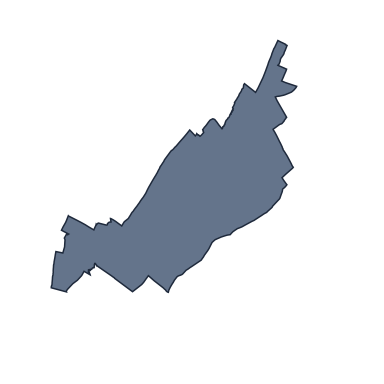 Gagesti, Vaslui, Romania, rotated 48°
{"feature_id": "2599482B9369925227758", "entity_name": "Gagesti", "entity_type": "district", "adm_level": 2, "iso_a3": "ROU", "parent_name": "Romania", "parent_adm1": "Vaslui", "projection": "orthographic", "projection_center": [27.986, 46.331], "detail": "fine", "context": "isolated", "style": "filled", "palette": "slate", "viewbox_px": 384, "rotation_deg": 48, "n_neighbors": 0, "source": "geoboundaries", "source_scale": "gbopen_adm2", "svg_char_len": 5895}
<svg xmlns="http://www.w3.org/2000/svg" viewBox="0 0 384 384"><g transform="rotate(48 192 192)"><path d="M169.0,360.7L182.3,352.1L181.7,351.8L181.5,351.6L181.3,350.8L181.0,349.2L180.4,342.0L180.5,340.6L180.9,336.2L180.3,330.0L180.0,329.0L178.7,325.3L185.4,323.1L184.8,322.8L184.2,322.7L183.8,322.5L183.1,322.2L182.8,321.9L182.7,321.9L182.7,322.2L182.5,322.4L182.4,322.5L182.2,322.5L181.9,322.4L181.7,322.1L181.5,321.4L181.3,321.2L180.8,321.3L180.6,321.1L180.6,320.8L180.8,320.5L181.0,320.6L181.3,320.1L182.0,320.4L182.2,320.2L182.3,320.0L182.2,319.7L181.6,319.5L181.5,319.3L182.3,318.2L182.1,317.7L181.9,317.1L181.9,316.8L182.2,316.1L182.5,315.8L182.7,315.7L182.6,315.1L182.1,314.8L181.8,314.3L181.5,313.8L180.7,313.2L180.4,312.7L180.0,312.1L180.1,311.8L180.9,311.7L181.5,311.9L182.7,311.9L183.1,312.2L183.3,312.2L183.5,312.2L183.7,311.9L191.3,310.1L200.5,307.9L202.1,307.6L203.9,307.1L204.3,307.3L226.3,302.9L226.7,297.1L227.1,291.3L226.8,288.5L225.9,284.6L225.0,280.4L232.7,279.5L244.0,277.5L245.9,277.4L246.9,277.2L248.4,277.4L249.3,277.3L249.8,277.2L250.7,276.7L249.4,274.8L248.2,271.8L247.7,270.3L246.9,267.7L246.7,266.7L246.0,264.7L245.8,264.2L245.1,260.4L245.0,259.5L245.3,258.0L246.0,256.5L246.6,254.8L246.7,253.8L246.2,248.7L246.7,246.1L246.8,244.4L247.2,242.0L248.8,230.7L248.3,228.8L247.9,226.8L247.3,225.2L246.1,219.6L245.5,217.5L243.0,211.1L242.9,210.5L242.9,207.1L243.0,206.5L243.4,205.2L245.0,200.4L246.5,197.0L247.6,194.7L249.3,192.1L249.2,191.4L249.0,190.5L249.0,189.7L248.9,188.8L248.9,187.9L249.0,187.3L249.1,186.3L249.6,182.7L250.4,180.7L251.3,178.2L252.2,174.2L254.0,166.8L254.6,165.0L254.8,163.6L255.7,157.8L256.0,156.1L256.3,153.7L256.6,152.1L257.1,150.3L257.1,149.6L257.0,149.1L257.0,148.0L257.0,143.3L256.9,142.5L256.5,141.6L255.8,133.4L255.7,131.9L255.5,131.0L253.3,127.0L252.6,125.6L251.9,124.4L251.1,123.4L250.6,122.9L250.5,122.5L250.6,120.3L250.5,119.0L250.3,117.6L250.1,116.6L248.6,116.5L245.1,116.1L243.1,115.8L241.6,115.5L241.5,110.5L241.6,101.3L241.4,100.2L240.0,100.1L238.8,99.8L238.0,99.5L235.4,98.8L229.0,97.2L223.8,96.3L221.4,96.0L221.1,95.7L220.8,95.5L219.9,95.4L219.5,95.1L219.1,94.9L214.4,93.5L213.4,93.3L207.1,91.5L205.1,91.0L204.2,90.8L203.1,90.5L199.8,89.9L199.6,89.6L199.9,87.3L200.3,82.8L200.6,81.2L201.2,79.9L201.3,79.4L201.3,79.1L200.9,76.1L200.5,75.3L200.4,74.8L200.1,73.0L200.1,72.9L199.8,72.6L199.8,71.7L181.2,67.7L177.1,66.5L177.4,65.7L178.1,64.5L179.5,62.5L179.8,61.9L180.5,60.7L181.3,59.3L182.0,57.8L182.5,56.4L182.8,55.6L183.8,52.8L184.1,51.8L184.3,51.3L184.4,49.4L184.4,47.9L184.0,44.8L183.5,43.5L173.1,49.4L169.4,51.1L168.9,49.8L167.6,46.9L166.8,45.3L165.1,41.5L165.0,41.3L164.0,39.5L156.0,43.1L155.3,43.4L155.2,42.9L155.3,42.2L155.2,41.7L154.6,40.5L153.9,39.1L153.1,38.2L152.4,37.2L151.9,35.8L151.8,35.0L151.6,34.3L151.1,32.1L150.8,31.3L150.3,30.5L149.9,30.0L149.1,28.0L146.7,23.3L145.4,23.9L145.3,23.7L144.8,23.8L144.7,23.7L144.0,24.0L141.7,24.9L140.1,25.6L136.9,26.8L139.8,33.6L140.4,35.6L140.7,36.1L142.6,39.9L143.8,41.8L144.7,43.6L146.2,46.9L147.1,48.7L148.1,50.3L150.0,53.9L151.6,56.9L154.5,62.7L156.9,68.5L158.9,73.3L160.5,78.1L146.6,80.5L146.9,81.7L147.1,82.1L147.6,82.6L148.0,83.1L148.3,83.4L148.6,83.9L148.9,84.1L149.1,84.9L149.0,85.6L149.0,86.1L149.9,87.6L150.3,88.8L150.8,91.0L151.1,91.7L151.5,92.3L151.5,92.5L151.9,93.1L152.4,95.2L152.8,96.1L153.9,100.5L154.4,100.5L155.1,101.8L155.9,103.5L156.2,104.7L156.4,105.3L157.1,105.4L157.3,105.6L157.8,105.7L157.8,106.0L157.6,106.3L157.6,106.5L158.6,106.8L158.8,107.1L158.8,107.4L158.7,107.8L158.4,108.1L158.4,108.4L158.6,108.7L159.3,108.8L159.4,109.0L159.3,109.6L159.3,110.1L159.4,110.5L159.5,110.6L160.0,110.6L160.3,110.9L160.2,111.2L159.8,111.6L159.9,111.9L160.1,112.3L160.4,112.6L160.6,112.9L160.7,113.5L161.2,114.3L161.3,115.1L161.1,115.7L161.1,116.2L161.6,116.8L161.6,117.2L161.6,118.5L161.7,118.9L162.3,120.3L162.8,120.8L162.9,121.5L163.6,122.1L163.8,122.5L163.9,122.9L163.8,123.6L164.3,124.0L164.4,124.7L164.1,125.3L164.3,125.8L164.8,126.3L165.0,126.6L165.1,127.4L160.3,127.2L156.2,126.7L155.7,126.7L153.4,126.6L152.4,127.0L151.5,127.6L150.8,130.0L150.7,130.6L151.1,133.1L151.8,136.2L152.1,138.0L152.2,139.5L152.4,140.3L152.8,142.1L152.8,142.4L152.6,142.9L152.9,142.6L153.3,142.5L153.5,142.5L154.0,142.7L154.3,143.1L154.5,143.2L155.3,143.3L155.6,143.5L156.0,146.7L156.0,148.2L155.9,148.8L154.0,148.9L153.9,149.4L153.1,149.4L151.8,149.4L152.2,150.2L152.4,151.2L152.5,152.0L144.4,152.2L145.2,156.8L145.9,161.8L146.6,168.0L147.3,173.0L147.3,175.0L147.6,176.8L147.7,178.2L147.6,179.0L147.5,179.4L147.4,179.5L147.7,181.4L149.2,188.6L149.5,190.1L149.7,190.7L149.8,191.3L150.3,192.3L150.5,192.8L150.6,193.5L151.6,197.2L151.8,198.3L152.0,199.0L152.8,200.5L153.4,202.4L154.5,205.1L154.8,206.2L155.4,207.9L155.8,209.4L157.0,213.3L158.5,217.9L159.0,219.4L159.4,220.7L160.5,223.6L162.0,227.2L162.3,228.3L162.8,230.1L163.3,231.9L163.7,234.2L163.9,235.0L164.1,236.0L164.8,238.5L165.2,240.5L165.6,242.1L166.1,245.0L166.6,247.4L167.0,248.8L167.0,249.8L167.3,251.2L167.9,252.9L168.7,255.8L169.1,257.0L168.8,262.1L169.0,263.0L170.2,266.9L166.8,267.6L162.4,268.5L159.6,269.3L157.2,270.2L157.1,270.3L160.1,272.2L159.0,273.8L158.9,275.9L159.7,276.8L159.6,277.3L159.1,277.9L152.5,282.3L152.2,283.2L152.2,283.6L152.4,285.0L151.9,284.9L152.3,285.5L152.6,286.1L153.7,288.7L154.5,290.3L148.6,292.2L145.0,293.2L140.1,294.9L135.8,296.5L127.3,299.8L126.9,299.8L129.3,304.6L130.1,306.4L131.7,311.2L133.1,314.6L140.7,311.8L140.6,312.4L140.6,313.0L139.4,313.5L140.8,317.7L142.5,318.3L147.2,323.1L147.6,323.5L148.2,324.5L150.9,328.8L145.2,333.0L147.2,335.6L148.6,337.3L150.7,340.0L151.7,341.3L152.5,342.1L153.0,342.7L153.6,343.7L154.2,344.3L155.3,345.4L156.3,346.5L157.7,347.9L159.1,349.1L159.6,349.8L160.6,350.7L160.8,351.0L161.0,351.5L161.8,352.5L163.5,354.2L166.1,357.0L166.6,357.4L167.4,358.4L167.8,359.2L167.9,359.6L168.2,359.8L169.0,360.7Z" fill="#64748b" stroke="#1e293b" stroke-width="1.5"/></g></svg>